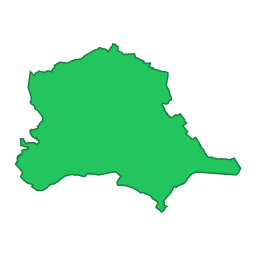 outline of Pocola, Bihor, Romania
{"feature_id": "2599482B76351023541530", "entity_name": "Pocola", "entity_type": "district", "adm_level": 2, "iso_a3": "ROU", "parent_name": "Romania", "parent_adm1": "Bihor", "projection": "equal_earth", "projection_center": [22.281, 46.7], "detail": "fine", "context": "isolated", "style": "filled", "palette": "green", "viewbox_px": 256, "rotation_deg": 0, "n_neighbors": 0, "source": "geoboundaries", "source_scale": "gbopen_adm2", "svg_char_len": 5735}
<svg xmlns="http://www.w3.org/2000/svg" viewBox="0 0 256 256"><path d="M162.0,212.1L164.1,210.0L165.0,208.2L165.4,207.6L166.0,206.7L166.7,206.4L164.8,205.6L163.8,205.3L164.1,204.4L164.4,202.5L163.7,201.7L163.3,201.2L163.9,200.5L164.8,199.6L167.4,196.5L167.7,196.0L168.6,195.3L168.9,195.0L169.5,193.9L170.8,192.8L171.3,191.9L171.7,190.9L172.2,190.2L173.3,187.6L173.7,186.8L174.0,186.7L174.4,186.7L176.3,187.4L176.8,186.8L177.2,186.4L177.9,185.9L178.4,185.6L179.4,185.2L183.0,183.9L184.1,183.3L186.6,180.8L186.8,180.2L187.2,178.6L189.1,176.9L191.0,174.8L192.8,173.4L196.6,172.0L236.0,174.9L238.3,172.9L240.5,168.6L240.6,168.2L238.6,165.4L234.3,158.2L230.8,159.3L230.1,159.7L229.0,159.6L227.5,159.4L226.7,159.1L221.6,159.0L221.0,158.7L218.9,159.0L217.9,159.0L212.5,157.9L211.8,157.1L210.8,157.3L209.2,157.4L208.8,157.3L207.8,156.9L207.3,156.4L206.3,155.1L206.1,154.5L205.6,153.7L205.1,153.4L204.7,152.9L204.6,152.5L204.5,152.2L204.0,150.9L203.9,150.3L203.8,150.1L202.8,149.2L201.7,147.9L201.3,147.6L200.2,146.1L200.8,145.6L195.6,137.4L193.4,138.8L192.1,139.3L186.5,134.3L185.6,133.3L187.7,131.9L182.8,125.7L186.6,123.2L184.4,120.6L184.6,119.5L182.2,116.8L180.0,113.8L178.3,115.2L175.6,114.9L172.2,117.5L171.8,117.6L171.5,117.7L171.2,117.5L169.2,116.1L167.4,114.7L167.8,114.3L167.4,113.8L166.7,112.9L166.0,112.3L164.2,110.1L165.0,109.2L164.0,108.1L163.5,106.9L162.3,105.0L161.9,104.2L161.8,103.9L163.3,103.5L164.3,103.6L166.1,104.0L167.5,103.7L168.2,103.2L168.7,101.6L169.3,100.8L171.1,99.7L171.3,99.2L171.3,98.5L170.9,96.8L170.6,95.8L169.7,94.1L169.3,92.7L169.1,91.9L169.0,91.3L169.2,90.9L166.8,86.6L166.3,84.5L166.7,82.3L167.7,77.4L167.9,76.1L167.9,72.8L166.0,72.0L164.8,71.7L162.7,71.7L157.0,69.9L154.5,69.2L152.5,69.1L152.4,68.8L152.4,68.5L152.8,67.9L150.6,67.4L149.3,67.0L149.0,67.0L150.3,63.7L150.4,63.0L149.6,63.0L148.4,63.4L147.7,63.5L145.8,63.0L145.0,63.1L143.9,62.8L143.9,61.0L142.4,60.6L140.5,59.6L137.6,58.2L135.2,57.5L135.2,56.0L134.7,54.6L134.1,53.7L125.9,54.5L125.7,54.1L124.1,54.4L123.6,54.6L122.9,53.8L122.6,53.4L122.2,52.9L121.7,52.6L121.3,52.4L119.8,51.9L118.9,51.6L118.4,51.2L117.8,49.8L117.8,46.4L115.9,46.0L115.8,45.6L115.8,45.1L115.7,44.5L112.8,43.9L112.2,45.9L111.8,46.6L111.2,47.4L110.4,48.0L109.9,49.5L109.5,49.7L109.1,50.1L109.1,50.8L108.2,51.6L107.9,51.8L107.2,50.8L106.7,50.2L105.8,49.5L104.9,49.1L102.6,48.7L99.4,47.7L98.9,48.3L98.5,48.3L98.0,49.3L95.8,49.7L93.8,50.5L91.8,51.7L90.3,52.8L86.7,54.6L85.4,55.5L84.5,56.0L84.2,56.2L83.3,57.3L81.9,58.5L81.1,58.8L78.3,59.5L75.6,59.7L73.9,60.2L73.2,60.5L70.6,61.5L68.1,63.0L66.6,63.0L60.8,62.3L59.6,62.4L58.2,63.2L56.9,63.8L55.1,65.1L54.5,65.3L54.9,66.3L54.9,66.8L54.8,67.6L53.6,68.2L52.0,70.3L51.8,70.9L51.6,71.8L47.7,70.8L45.0,72.3L41.6,71.9L39.1,71.1L38.0,71.9L35.6,73.2L34.4,75.5L33.5,75.0L32.4,73.8L30.4,71.7L28.2,87.9L29.5,91.0L31.0,96.1L31.4,99.9L30.3,102.0L30.3,102.3L31.2,103.9L31.6,104.0L31.9,104.3L32.2,104.5L33.8,105.4L34.3,105.9L34.6,106.4L34.7,107.1L34.9,108.3L35.2,108.8L35.4,109.1L36.1,109.6L36.4,109.7L36.6,109.7L37.4,110.1L37.7,110.5L38.4,110.9L38.6,111.1L38.7,111.8L39.0,112.2L39.6,112.9L42.4,116.7L42.9,117.2L42.9,117.7L42.8,118.3L42.9,118.9L42.6,120.2L42.8,121.4L42.5,121.4L42.2,121.3L40.9,122.1L40.7,122.3L40.5,122.6L40.1,122.8L39.8,123.3L39.6,123.9L39.3,124.5L38.8,125.2L38.5,125.6L37.9,126.1L37.6,126.3L38.2,126.9L37.9,127.5L37.0,128.9L36.3,128.7L35.9,128.9L35.4,129.1L32.0,130.1L31.7,129.5L30.2,130.4L29.8,130.8L30.0,131.0L30.3,131.5L30.3,132.0L30.3,133.4L31.0,134.4L31.9,135.9L32.3,136.4L34.3,137.8L34.9,138.3L35.3,138.1L36.7,137.7L36.8,138.5L36.7,139.4L38.2,140.4L38.9,141.0L38.6,141.8L38.6,142.3L38.8,143.0L38.6,143.2L37.9,143.5L37.3,143.9L36.3,144.4L35.5,143.3L34.9,143.0L34.2,142.8L33.1,142.7L31.5,142.8L29.5,142.9L28.6,142.6L28.1,142.3L27.2,143.1L26.6,143.4L26.0,143.6L24.8,142.1L24.3,140.8L23.8,140.4L23.3,138.8L20.4,138.8L20.8,141.2L21.0,141.7L20.9,142.1L20.9,143.0L21.0,144.5L20.7,145.6L21.5,145.5L22.4,145.3L23.1,145.6L23.2,145.9L25.0,146.8L25.6,146.8L26.2,146.6L27.7,147.2L28.3,147.3L28.3,147.9L28.0,148.6L27.7,149.3L27.2,149.2L26.4,149.2L25.6,149.5L23.5,149.6L22.1,150.2L21.9,150.7L22.1,151.6L22.0,152.4L22.1,152.9L21.9,154.5L21.4,154.7L21.2,154.2L20.8,154.0L20.1,154.8L20.5,155.1L20.5,155.4L20.3,155.6L20.1,155.7L19.8,155.7L19.5,155.5L19.3,155.2L19.1,155.1L18.1,156.1L18.4,156.5L18.3,157.0L18.1,157.2L17.6,156.8L17.1,158.1L17.6,159.0L17.4,159.2L17.6,160.3L17.5,160.5L17.7,160.8L17.4,161.8L17.1,162.0L16.7,161.9L16.9,162.5L16.8,162.8L16.5,163.1L15.6,163.6L15.4,163.9L15.4,164.1L15.6,164.4L15.6,164.5L15.9,164.7L17.8,166.4L19.4,168.3L19.8,168.7L20.2,169.1L21.1,170.7L21.9,171.2L22.3,171.6L22.4,171.9L22.4,172.9L22.3,173.5L20.6,176.9L22.9,179.2L24.5,180.7L27.1,182.9L32.4,184.5L32.8,185.4L32.6,185.7L31.6,186.6L33.7,188.1L35.2,189.0L36.6,190.2L38.2,190.6L40.8,190.6L42.9,190.1L45.6,188.7L47.2,187.6L48.7,185.9L50.9,184.4L51.5,184.2L53.3,184.0L54.6,183.7L56.3,182.4L57.6,181.9L58.5,181.3L58.8,180.8L60.9,178.9L65.2,176.0L71.0,174.6L72.4,174.5L75.3,175.1L77.4,174.8L81.3,175.9L84.7,176.6L86.7,174.3L87.8,173.3L88.3,173.9L91.0,174.0L91.4,173.9L91.7,173.5L91.9,173.4L92.3,173.7L92.8,174.0L96.9,174.6L99.5,174.9L99.9,174.6L106.0,173.4L108.9,172.7L114.0,172.0L115.3,171.8L116.8,172.7L118.4,173.9L119.4,175.1L121.0,176.1L118.6,179.5L117.4,181.5L117.1,182.7L117.4,184.6L118.0,185.3L121.8,185.1L125.0,185.4L127.8,186.3L130.8,187.1L132.5,187.8L137.6,190.5L138.4,191.0L140.6,192.9L141.7,192.3L143.7,192.8L144.9,193.4L146.9,194.3L148.5,194.8L149.6,195.3L150.3,195.8L151.0,196.5L151.6,197.2L151.9,197.9L152.7,198.8L155.0,200.1L155.9,200.7L158.1,202.5L158.1,203.1L157.9,203.7L156.4,205.8L156.4,207.0L156.1,207.6L156.7,207.9L157.6,208.7L158.8,209.4L160.6,211.0L161.2,211.7L162.0,212.1Z" fill="#22c55e" stroke="#15803d" stroke-width="1.5"/></svg>